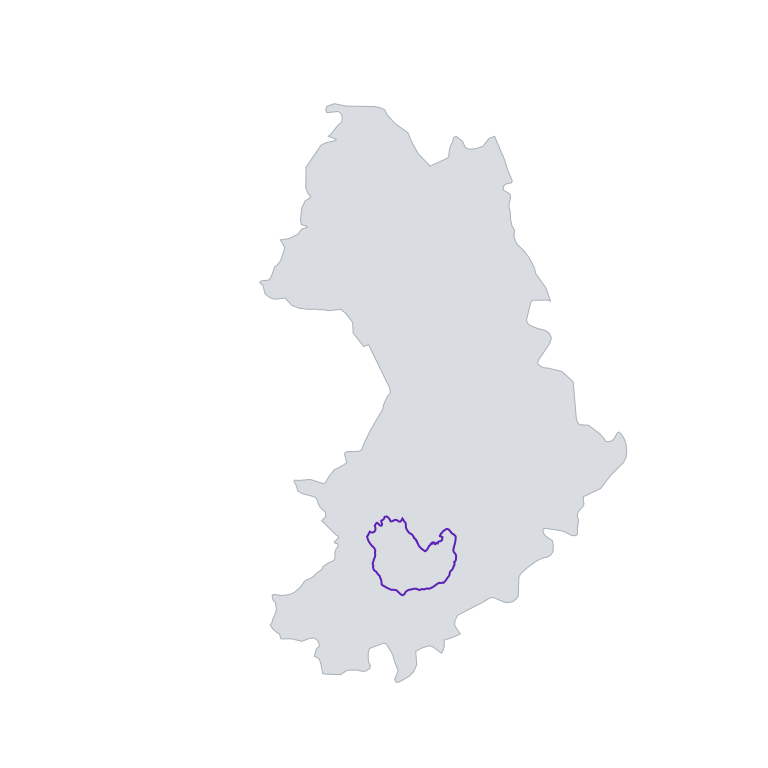 Kerouane, Kérouané, Guinea (highlighted), rotated 64°
{"feature_id": "49546643B6018429350706", "entity_name": "Kerouane", "entity_type": "district", "adm_level": 2, "iso_a3": "GIN", "parent_name": "Guinea", "parent_adm1": "Kérouané", "projection": "orthographic", "projection_center": [-9.183, 9.346], "detail": "fine", "context": "in_parent", "style": "outline", "palette": "violet", "viewbox_px": 768, "rotation_deg": 64, "n_neighbors": 0, "source": "geoboundaries", "source_scale": "gbopen_adm2", "svg_char_len": 6755}
<svg xmlns="http://www.w3.org/2000/svg" viewBox="0 0 768 768"><g transform="rotate(64 384 384)"><path d="M463.3,495.6L457.6,494.8L455.0,495.9L447.3,504.9L442.7,508.4L435.6,507.3L433.0,507.9L431.1,506.9L433.7,501.9L437.5,492.1L446.9,482.3L447.1,480.2L443.3,474.4L439.3,466.5L439.3,458.1L438.5,452.0L430.2,450.3L428.7,449.2L428.5,447.2L433.2,436.7L433.6,434.5L433.0,432.6L428.0,427.2L420.1,417.2L406.5,396.7L401.5,392.4L396.6,386.1L394.8,382.1L389.7,380.7L342.2,380.6L341.2,385.9L324.8,389.4L314.8,385.2L303.5,387.5L298.0,390.1L293.7,402.0L291.3,404.6L288.8,409.9L286.6,412.8L284.1,418.7L278.7,427.0L273.0,432.4L263.4,435.2L260.3,444.0L258.1,447.3L254.4,449.8L250.5,451.4L242.7,449.6L238.3,451.2L237.6,449.0L240.1,442.0L238.2,438.3L230.8,431.0L230.1,427.5L227.9,422.9L218.2,413.4L209.0,413.9L211.6,406.1L211.7,395.7L208.6,390.0L209.5,384.2L207.8,384.5L204.7,388.5L199.7,387.1L189.8,380.8L184.9,374.7L184.4,369.6L183.3,367.6L180.2,368.7L173.9,368.5L155.0,359.1L141.8,336.0L141.6,330.9L143.7,322.0L143.3,319.6L137.0,325.4L135.9,321.5L131.3,312.2L130.0,306.9L125.5,304.5L121.9,304.0L119.0,305.7L115.1,316.4L112.3,316.3L109.5,313.9L110.2,305.9L117.7,296.1L130.4,271.0L134.9,265.3L137.7,263.3L143.5,263.1L154.8,259.9L168.8,252.3L179.4,253.0L191.9,252.3L208.3,247.1L208.8,230.1L208.3,226.3L202.6,222.8L199.2,219.9L196.4,216.1L192.9,213.3L193.1,210.5L200.4,207.0L207.0,207.2L209.2,205.8L210.9,203.4L212.9,197.3L213.7,190.9L209.4,182.2L209.8,176.0L233.6,177.2L246.7,179.1L257.4,179.6L259.1,181.1L257.6,187.0L258.9,190.5L262.5,191.5L268.6,187.4L271.7,188.4L278.4,193.6L284.6,195.1L291.3,198.0L297.7,199.6L303.4,199.4L307.7,202.4L315.7,203.4L326.0,199.8L334.1,198.2L345.5,197.9L351.5,199.2L368.8,196.3L382.5,198.1L380.3,200.1L374.0,213.6L374.7,216.0L388.5,227.6L391.8,228.5L395.5,226.9L401.5,221.6L406.3,215.9L410.8,213.2L416.1,213.4L420.3,217.4L430.1,234.5L432.6,236.7L435.0,236.6L439.3,233.5L441.5,229.8L450.7,218.6L464.9,213.0L498.6,226.0L503.5,226.9L506.4,226.0L510.6,218.4L523.3,211.9L529.4,210.1L532.9,209.9L534.2,207.8L534.9,204.7L534.2,201.5L530.3,195.7L530.1,194.0L532.4,192.9L537.2,192.1L543.5,192.7L550.5,195.1L556.2,198.7L559.5,203.0L565.8,221.0L572.9,235.1L572.7,254.0L575.8,255.9L579.3,256.7L580.9,258.2L584.4,266.0L587.6,268.2L591.5,268.7L598.8,273.7L603.5,275.7L604.2,277.2L604.0,279.2L602.2,281.9L595.2,287.1L591.7,291.6L584.5,302.3L584.3,304.3L585.8,305.7L588.8,306.0L592.0,305.2L598.6,301.3L603.8,302.7L608.8,305.7L610.7,308.8L611.2,312.8L610.0,318.1L609.9,323.9L611.6,333.9L614.2,343.9L616.8,347.5L633.6,356.3L635.2,359.6L636.1,363.3L634.9,368.4L633.2,371.2L624.0,379.1L622.6,382.8L623.4,389.7L624.1,419.0L627.7,423.9L632.1,426.4L642.1,425.0L641.9,433.1L640.6,442.2L646.5,445.0L649.4,447.8L651.1,450.4L641.8,455.2L639.1,458.1L637.9,465.7L638.2,472.7L650.7,477.7L655.6,483.5L657.8,489.6L658.5,501.2L657.4,503.8L654.2,503.9L647.8,496.9L638.1,496.2L630.9,494.8L618.9,495.8L616.8,497.9L615.4,513.2L618.4,515.8L624.1,518.7L627.9,519.9L631.0,519.5L633.4,521.4L634.0,526.4L632.3,530.1L629.2,533.6L625.2,542.5L626.1,550.6L619.3,563.5L617.4,566.1L608.4,563.5L602.5,562.7L598.2,566.0L592.4,560.9L591.3,557.0L589.1,556.2L585.2,556.1L581.5,558.4L580.0,562.4L579.2,570.8L572.6,578.6L567.9,588.4L562.6,587.5L561.4,588.7L555.7,591.3L550.8,592.0L549.5,589.4L546.6,587.2L543.4,583.1L539.8,579.7L532.9,577.4L530.2,578.4L526.9,578.1L524.7,576.8L525.0,574.8L528.7,569.7L530.7,565.0L531.9,559.9L531.9,555.0L529.9,548.1L526.8,542.6L526.1,539.5L526.4,535.0L525.7,530.8L524.7,528.6L523.3,520.6L521.4,519.2L520.4,512.8L520.7,506.3L518.0,503.8L513.8,502.0L511.3,499.5L509.8,496.6L508.3,495.8L507.0,495.9L505.8,497.7L504.4,498.1L502.0,492.0L500.9,491.7L499.2,493.1L479.7,499.9L477.3,494.1L473.5,493.0L467.1,495.4L463.3,495.6Z" fill="#d9dde1" stroke="#a8b0b8" stroke-width="1"/><path d="M588.2,418.5L588.8,417.7L588.2,416.1L587.8,415.0L587.2,413.9L586.3,412.5L585.5,410.8L584.7,409.3L583.7,408.4L582.5,407.7L581.3,406.3L581.0,404.4L580.3,403.5L579.8,402.8L579.2,402.0L578.4,401.6L577.7,400.2L577.1,399.7L574.9,399.0L575.1,398.6L573.9,396.9L573.1,396.1L571.3,395.3L570.3,394.5L568.2,394.3L565.7,394.9L563.8,394.6L561.9,393.2L560.2,391.8L558.9,390.6L557.3,389.3L556.1,388.5L553.9,387.1L552.3,386.4L550.2,387.0L548.8,388.0L547.4,388.6L545.8,388.9L544.4,389.2L542.9,389.8L542.2,390.4L541.7,391.6L541.8,392.3L541.9,393.2L542.0,394.0L542.1,394.9L542.4,395.7L542.7,396.4L543.0,397.0L543.2,397.4L543.5,398.5L544.1,399.1L544.9,400.4L545.3,400.5L546.3,399.4L547.1,398.6L547.9,398.9L548.6,399.7L549.5,400.0L549.8,400.7L550.1,402.0L549.5,403.9L550.7,405.4L550.2,405.5L549.8,406.2L549.7,406.7L550.3,407.6L550.5,408.3L549.7,408.6L548.8,408.6L548.2,408.6L548.0,409.2L547.7,409.7L547.6,410.3L547.8,410.7L548.1,410.6L548.7,410.7L548.8,411.0L548.2,411.7L548.4,412.4L548.7,412.7L549.2,413.2L549.2,413.8L549.2,414.4L549.6,414.8L550.0,415.5L550.9,416.5L551.4,417.4L552.0,418.6L552.4,419.8L552.4,420.3L549.7,421.9L548.2,422.6L546.7,423.1L544.9,423.6L542.5,423.5L541.1,423.7L539.7,423.2L538.6,423.9L537.8,423.5L536.9,423.7L536.1,424.3L535.8,424.6L534.6,424.3L533.5,424.5L532.0,424.7L531.1,425.0L529.9,426.0L528.3,426.8L526.2,427.2L524.6,427.3L523.1,427.3L522.1,427.0L521.3,426.6L519.9,426.0L518.5,425.5L517.3,425.8L516.3,426.1L515.6,426.1L513.0,426.4L513.4,427.1L514.1,427.9L514.2,428.0L514.8,429.7L514.3,430.8L513.4,431.3L512.3,431.9L511.6,432.6L511.2,433.3L510.9,433.8L510.8,434.2L511.0,435.1L510.9,437.5L510.1,438.4L508.6,438.2L506.4,438.6L505.5,438.9L504.9,439.4L504.2,439.6L504.0,440.7L503.7,441.7L504.3,442.3L504.5,442.5L505.3,443.3L505.6,444.2L505.6,444.7L505.5,445.5L505.7,446.5L507.2,446.9L508.2,447.0L509.3,447.3L510.1,447.9L510.1,448.8L510.0,449.0L509.7,449.3L509.0,449.8L508.0,450.1L506.6,450.5L505.7,451.1L505.7,451.7L506.0,452.5L506.6,453.4L506.9,453.7L507.3,454.4L508.7,454.6L510.2,455.0L511.6,455.9L512.5,457.3L512.6,458.7L512.1,460.3L511.2,461.1L510.5,461.5L511.0,462.2L513.1,464.9L513.6,466.1L517.2,466.7L519.3,466.7L523.4,466.0L527.1,464.7L529.4,464.6L531.5,466.0L533.6,466.7L535.5,468.0L536.8,469.6L539.0,471.5L540.5,473.0L542.9,473.3L543.6,474.2L544.8,474.4L546.4,474.6L547.4,474.4L549.3,473.3L551.0,473.1L552.4,472.8L554.7,472.0L556.5,472.4L558.8,472.4L560.4,472.9L561.5,473.3L562.7,473.8L563.4,473.9L563.9,473.8L564.2,473.6L564.7,473.2L568.2,470.9L569.3,470.0L570.0,469.4L571.5,468.3L571.8,468.0L572.3,467.4L573.4,465.2L574.8,463.4L574.9,463.2L577.1,462.4L580.6,461.1L581.6,460.1L582.1,459.6L581.8,457.7L580.3,455.6L579.9,453.5L580.0,451.5L580.4,450.1L580.7,449.1L580.9,448.0L581.4,446.2L582.5,444.4L582.9,444.1L584.8,442.5L584.8,440.0L586.2,438.0L586.6,434.8L587.7,433.6L587.8,432.6L588.0,431.1L587.9,429.5L587.8,427.9L587.5,426.3L587.1,424.7L586.9,423.1L586.9,422.1L586.9,421.5L587.8,420.4L588.0,418.9L588.2,418.5Z" fill="none" stroke="#5b21b6" stroke-width="2"/></g></svg>